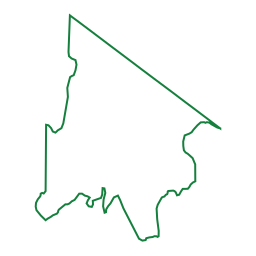 outline of Arusha
{"feature_id": "TZA-3391", "entity_name": "Arusha", "entity_type": "Region", "adm_level": 1, "iso_a3": "TZA", "parent_name": "United Republic of Tanzania", "parent_adm1": "", "projection": "equal_earth", "projection_center": [35.974, -2.918], "detail": "fine", "context": "isolated", "style": "outline", "palette": "green", "viewbox_px": 256, "rotation_deg": 0, "n_neighbors": 0, "source": "natural_earth", "source_scale": "10m", "svg_char_len": 1714}
<svg xmlns="http://www.w3.org/2000/svg" viewBox="0 0 256 256"><path d="M69.9,15.4L81.6,24.1L96.5,35.3L111.3,46.5L126.1,57.6L140.9,68.8L155.7,79.9L170.6,91.0L185.4,102.2L200.2,113.3L215.0,124.5L220.3,128.5L220.3,128.4L217.2,127.5L211.5,124.3L209.3,122.6L206.8,122.2L205.4,122.8L204.2,122.2L200.7,122.4L197.5,125.2L193.4,129.8L191.7,132.2L189.4,133.6L184.7,135.4L183.2,141.5L183.3,146.0L183.9,150.3L185.6,152.5L187.8,153.8L192.6,158.1L195.2,164.4L195.3,181.3L192.9,182.5L190.7,184.5L189.4,186.9L187.8,188.8L182.7,188.9L180.9,191.6L179.2,194.7L177.0,195.3L175.7,192.2L174.5,191.1L173.2,190.6L168.2,191.0L167.7,191.7L167.7,192.6L167.2,194.2L165.8,194.8L164.4,196.5L163.1,196.9L161.8,197.5L157.7,204.8L156.6,208.6L157.2,219.2L158.7,230.9L158.6,236.2L157.6,236.9L156.5,236.3L154.5,236.2L152.6,237.0L149.4,237.4L146.3,238.2L145.6,240.1L142.4,240.6L139.0,238.7L123.4,208.3L120.1,200.0L117.9,195.6L113.9,197.4L110.5,203.4L108.1,206.2L106.2,209.4L106.0,212.2L104.6,212.7L103.1,206.3L103.6,199.5L105.3,192.9L104.4,188.4L102.6,188.1L102.2,194.6L101.0,197.9L92.8,200.8L93.0,204.4L91.8,206.9L88.7,206.3L86.6,203.4L87.9,200.2L89.7,197.6L87.5,196.3L84.8,195.6L82.1,193.7L79.2,193.7L74.6,199.9L71.8,201.3L69.4,203.5L67.5,204.3L65.4,204.3L58.8,209.7L58.2,210.9L58.0,212.2L57.0,213.6L52.9,215.3L50.6,217.0L47.9,218.5L45.6,220.2L40.8,215.5L36.5,210.2L35.7,206.6L36.0,202.9L37.8,199.3L40.2,196.4L40.6,195.1L40.7,193.7L42.1,192.9L43.7,193.5L45.6,191.1L46.1,124.8L48.5,125.3L51.1,128.1L52.8,131.5L55.4,132.6L56.6,131.6L57.7,130.4L61.4,128.2L63.3,123.4L67.9,96.9L67.3,87.9L70.1,77.1L71.8,76.0L73.7,75.2L75.5,70.2L76.5,64.7L75.5,60.1L71.6,58.5L69.0,56.2L68.5,52.0L69.9,15.4L69.9,15.4Z" fill="none" stroke="#15803d" stroke-width="2"/></svg>